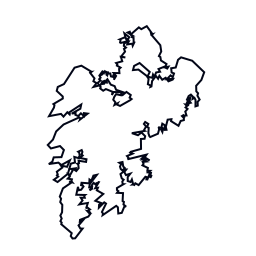 Vestvågøy nor, Nordland, Norway, rotated 347°
{"feature_id": "86288312B23095338426398", "entity_name": "Vestvågøy nor", "entity_type": "district", "adm_level": 2, "iso_a3": "NOR", "parent_name": "Norway", "parent_adm1": "Nordland", "projection": "albers", "projection_center": [13.78, 68.202], "detail": "fine", "context": "isolated", "style": "outline", "palette": "ink", "viewbox_px": 256, "rotation_deg": 347, "n_neighbors": 0, "source": "geoboundaries", "source_scale": "gbopen_adm2", "svg_char_len": 5784}
<svg xmlns="http://www.w3.org/2000/svg" viewBox="0 0 256 256"><g transform="rotate(347 128 128)"><path d="M51.7,223.6L61.1,215.8L58.9,215.2L57.9,211.8L62.8,208.2L60.0,208.4L60.6,206.7L69.4,205.4L71.7,203.4L69.9,200.2L71.7,201.3L70.8,199.3L72.6,198.8L70.2,195.9L69.0,197.1L72.0,192.0L63.4,191.5L67.4,188.4L66.3,185.3L70.2,186.2L70.0,183.7L70.7,183.7L70.9,183.7L71.1,183.6L62.6,181.4L66.0,174.1L66.1,177.6L68.5,177.6L71.5,175.0L70.5,172.6L69.1,173.9L70.4,170.9L77.8,173.2L78.9,169.5L80.4,171.2L83.6,166.6L87.2,166.6L78.2,173.9L76.9,177.0L79.3,177.3L76.6,180.1L79.3,179.1L79.9,175.6L82.2,173.7L83.6,175.7L84.8,174.7L85.3,175.2L87.2,174.1L87.4,174.2L82.5,179.3L85.2,179.5L83.6,181.7L89.1,186.7L79.8,191.6L85.5,195.4L82.6,196.2L81.7,199.1L88.1,195.1L89.6,196.7L83.7,204.0L84.4,205.8L83.7,207.2L99.0,201.2L100.3,203.0L99.3,209.1L102.8,209.3L106.9,203.5L108.5,204.2L106.4,201.5L107.4,199.1L106.3,198.0L108.5,190.3L102.7,188.7L104.4,187.3L103.3,185.9L103.7,184.0L111.1,181.7L110.2,181.4L110.4,178.9L112.1,177.4L110.6,175.7L110.3,171.2L114.0,169.4L111.7,166.3L111.5,163.8L113.3,161.6L111.7,159.9L115.0,159.9L114.7,164.5L115.8,166.2L114.3,167.3L117.0,168.0L114.5,170.0L115.4,173.4L120.0,173.0L116.7,175.7L115.8,179.6L118.4,181.2L120.2,179.0L120.4,183.7L119.6,184.1L121.4,184.4L120.7,185.6L122.7,183.5L125.5,186.0L134.0,179.4L135.4,180.2L134.4,182.2L135.3,182.5L138.4,178.0L139.1,179.0L138.6,181.7L140.0,179.8L139.2,179.0L140.3,176.8L137.6,175.8L139.8,174.7L137.2,174.0L138.4,171.4L133.7,167.6L135.1,166.5L134.7,164.4L138.3,164.8L135.6,162.5L137.5,162.3L137.4,161.9L134.9,161.7L136.7,160.4L135.3,160.4L137.0,159.4L136.1,158.6L138.0,159.7L136.6,161.3L141.8,164.4L137.7,160.3L140.1,158.1L120.5,158.4L122.0,157.6L120.7,155.1L126.8,154.0L124.6,152.4L125.4,151.8L136.0,151.3L138.1,141.6L141.7,142.2L142.9,139.8L140.1,135.4L136.1,137.3L130.6,133.9L143.5,134.6L142.8,134.0L146.0,130.6L144.4,127.6L146.1,126.0L148.7,128.6L146.8,131.2L148.2,132.5L146.7,137.6L147.0,140.8L147.6,141.8L155.9,140.3L158.1,136.2L158.0,134.6L158.4,134.3L161.0,136.0L159.9,137.0L160.6,139.6L162.1,136.2L160.8,134.7L162.4,131.5L164.4,133.5L163.4,138.1L165.1,138.4L165.1,135.4L168.5,128.8L172.3,129.2L171.5,131.0L177.7,137.2L180.9,133.0L184.2,132.9L184.7,130.8L183.3,128.5L184.9,128.0L185.7,130.7L185.0,128.4L187.8,128.9L187.5,124.9L190.3,122.8L188.7,120.9L190.3,119.9L189.4,118.2L192.5,119.6L190.7,117.2L192.4,115.1L192.9,117.5L194.8,117.5L194.0,115.8L195.4,112.5L191.3,114.3L194.3,110.5L196.8,109.6L198.3,112.1L197.4,114.2L199.5,113.5L200.1,115.9L198.6,122.1L201.0,121.9L201.7,118.2L204.2,116.4L202.9,112.1L204.1,109.9L202.8,107.7L203.9,102.2L210.3,97.7L214.8,90.8L205.7,76.9L195.6,71.1L192.1,72.8L188.1,79.8L183.5,79.5L183.0,83.7L185.1,85.2L183.0,88.6L181.3,86.3L176.8,89.2L183.0,90.3L182.4,90.9L177.9,91.6L176.0,87.5L172.2,88.7L170.3,84.2L168.4,86.8L166.9,83.6L162.0,87.7L160.2,92.8L159.1,93.0L159.8,91.8L157.2,89.8L159.1,84.9L158.4,82.0L151.3,73.4L145.9,72.7L147.9,68.9L153.9,67.3L161.8,78.3L158.5,82.3L162.9,84.5L164.4,81.5L165.2,84.1L167.9,80.2L171.9,80.4L171.0,77.4L177.4,76.4L177.1,76.9L179.6,78.9L181.2,77.3L177.8,77.1L179.9,74.3L175.3,69.6L175.5,66.1L174.3,64.9L177.6,60.9L178.1,54.6L172.0,42.9L173.0,42.2L171.7,42.3L171.7,40.0L172.9,41.8L169.2,33.0L163.2,34.7L161.2,32.4L151.7,37.5L151.4,34.6L149.1,34.9L153.5,39.3L152.9,39.3L152.8,39.6L152.5,39.8L152.1,40.2L153.7,41.4L152.8,45.6L153.4,46.0L151.1,48.9L151.1,46.8L146.1,46.4L147.9,44.2L146.9,44.4L147.7,42.7L146.6,42.3L145.8,39.7L147.9,41.8L149.6,39.7L145.8,35.0L145.9,38.8L140.0,39.8L140.7,40.2L139.5,42.9L140.2,43.5L146.9,43.3L143.2,45.0L142.4,47.0L144.1,49.2L141.9,50.0L142.3,52.9L137.4,56.8L141.3,58.7L137.1,57.0L137.4,61.7L131.0,62.0L131.9,63.7L131.2,64.7L134.3,67.5L132.6,68.4L132.0,72.6L126.4,71.2L128.1,74.6L125.1,77.8L126.4,75.3L125.5,74.8L127.2,74.2L125.6,72.2L126.2,73.6L124.5,74.2L125.4,74.3L125.2,75.0L123.0,73.9L123.0,70.9L121.1,70.6L121.2,68.5L119.6,72.0L119.0,71.2L119.7,68.7L118.7,67.9L118.7,68.9L117.4,68.1L116.7,69.4L115.6,68.9L114.9,70.0L114.1,70.2L116.5,66.5L111.9,70.5L112.6,72.8L110.9,73.9L111.9,75.5L108.8,77.1L109.2,79.6L110.9,79.9L113.4,77.1L115.0,76.9L113.7,79.4L114.7,79.5L116.3,76.7L115.8,78.5L117.6,79.0L117.4,76.9L118.9,75.8L121.0,81.9L124.4,84.2L125.0,88.1L132.2,92.6L129.4,95.1L134.6,92.5L138.1,96.5L136.4,98.8L138.0,100.6L136.3,101.4L125.2,104.7L122.4,102.6L123.4,101.6L120.0,102.5L121.5,100.2L120.0,97.1L121.7,94.5L124.0,92.4L128.5,94.5L129.6,91.7L122.2,89.7L119.7,92.2L121.2,89.3L115.2,85.1L112.2,86.1L109.8,83.2L110.6,81.9L109.6,80.1L103.7,80.2L107.5,77.2L104.8,74.7L106.5,72.1L103.4,65.5L103.7,65.2L104.6,65.3L104.8,65.2L103.4,65.1L104.8,64.7L96.6,56.8L89.5,57.2L75.5,70.8L68.8,72.2L66.9,75.8L71.5,82.6L71.1,84.6L60.7,87.9L61.5,89.2L60.4,91.5L53.7,98.7L65.9,99.2L67.7,102.4L72.4,99.0L74.2,101.7L74.5,101.1L73.9,100.4L73.9,99.7L87.7,94.6L85.9,98.5L76.4,101.3L80.3,101.6L79.7,103.3L82.2,105.2L85.4,103.1L87.7,106.4L88.4,103.6L91.9,104.9L83.1,109.0L83.9,107.9L82.8,106.7L66.0,110.1L57.2,115.2L52.3,122.4L46.0,126.5L48.3,130.6L57.7,130.3L60.6,135.0L56.6,141.4L49.0,139.9L46.7,143.8L42.7,145.3L52.4,146.1L54.8,149.1L64.1,146.4L59.9,152.1L54.2,149.5L55.1,151.8L48.8,154.6L49.1,157.4L48.1,158.1L49.1,159.6L44.1,161.8L47.2,164.8L59.1,159.1L64.3,149.9L68.6,149.7L69.2,144.1L73.4,146.4L73.9,144.9L74.7,144.4L74.9,140.9L74.1,139.9L77.9,139.1L78.2,141.1L76.8,143.4L77.7,144.6L74.2,146.3L80.5,149.1L79.5,151.6L72.5,148.8L72.4,151.2L70.6,151.4L71.3,152.5L70.9,156.0L67.9,158.3L66.9,157.2L68.1,155.5L63.1,155.1L64.9,156.5L61.3,160.5L59.4,159.4L60.4,162.2L57.9,163.8L61.8,165.4L60.9,167.1L61.5,168.4L58.7,166.8L60.2,168.6L51.0,172.2L46.1,179.5L46.9,181.9L45.3,184.9L46.7,188.1L44.8,195.3L42.4,198.1L43.0,201.3L41.2,203.6L42.1,205.3L41.3,206.7L49.5,217.8L47.9,220.4L49.1,223.2L51.7,223.6Z" fill="none" stroke="#020617" stroke-width="2"/></g></svg>